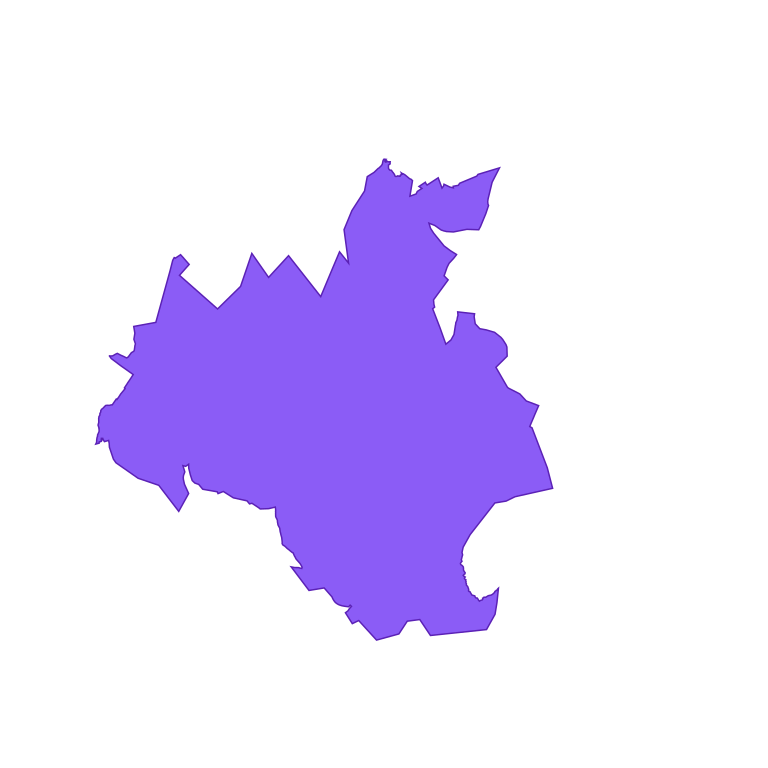 outline of Zaragoza, San Luis Potosí, Mexico, rotated 42°
{"feature_id": "50627088B75959803312222", "entity_name": "Zaragoza", "entity_type": "district", "adm_level": 2, "iso_a3": "MEX", "parent_name": "Mexico", "parent_adm1": "San Luis Potosí", "projection": "albers", "projection_center": [-100.697, 22.039], "detail": "fine", "context": "isolated", "style": "filled", "palette": "violet", "viewbox_px": 768, "rotation_deg": 42, "n_neighbors": 0, "source": "geoboundaries", "source_scale": "gbopen_adm2", "svg_char_len": 6122}
<svg xmlns="http://www.w3.org/2000/svg" viewBox="0 0 768 768"><g transform="rotate(42 384 384)"><path d="M624.5,497.9L620.6,480.8L614.3,471.0L605.7,459.2L605.6,460.3L605.9,460.9L605.8,461.9L605.5,462.1L605.5,462.7L605.5,463.3L605.2,463.9L605.6,464.8L605.5,466.6L605.3,467.8L604.9,469.1L603.8,470.6L603.1,471.6L602.7,473.0L602.3,474.4L600.9,475.6L601.0,476.4L600.6,477.2L601.4,477.9L601.4,479.0L601.0,479.5L600.4,480.6L600.3,481.5L599.1,481.5L597.9,481.0L596.4,480.7L596.1,481.1L595.1,481.5L593.8,481.1L593.2,480.7L592.0,481.3L590.6,482.0L588.5,481.4L586.8,480.8L586.0,481.3L585.2,481.2L584.9,480.5L584.1,479.8L581.7,478.5L579.7,478.3L578.8,477.2L577.8,476.9L577.2,475.9L576.4,475.7L575.9,474.7L575.2,474.9L574.2,474.8L573.6,474.5L573.5,473.1L571.6,473.4L570.9,473.2L570.9,471.8L571.2,470.9L570.5,469.9L569.3,469.7L567.6,469.1L566.5,467.9L565.4,466.9L564.6,466.7L563.3,466.6L563.1,466.6L562.9,466.7L561.8,466.8L560.9,466.3L560.6,465.5L560.6,463.6L559.0,462.8L558.4,461.6L558.0,460.8L557.6,460.2L556.8,458.4L554.7,457.0L552.0,452.3L548.8,438.3L546.0,398.2L553.1,389.3L556.8,380.1L579.1,348.7L561.4,337.0L523.3,317.5L520.8,318.1L519.7,315.1L517.6,308.9L516.7,306.4L513.4,296.6L501.1,301.4L491.6,300.5L479.2,303.8L477.8,303.8L456.0,296.7L456.9,280.9L450.6,274.3L448.3,273.1L442.6,271.5L439.7,271.1L431.6,271.6L423.7,275.4L418.2,278.8L411.5,278.2L406.0,273.7L404.3,271.2L390.5,281.1L392.2,282.7L392.9,283.3L393.1,283.6L393.8,285.1L395.5,287.8L396.4,290.5L396.7,290.9L396.8,291.0L397.5,292.0L398.1,293.1L398.4,293.5L402.9,300.4L404.3,306.5L403.3,313.0L388.1,304.8L369.8,295.5L370.2,293.0L367.8,291.4L364.5,288.3L362.0,263.7L356.3,263.4L352.8,255.1L351.6,250.8L351.7,244.2L351.4,239.6L351.3,239.2L344.0,240.5L336.2,241.2L320.1,238.7L314.5,237.2L309.8,234.4L315.7,232.2L323.5,231.3L325.5,230.4L326.3,230.1L327.0,229.6L328.3,229.0L333.9,224.5L342.1,213.6L351.2,206.0L350.3,202.3L345.7,189.3L342.2,181.3L341.9,181.2L340.8,180.7L338.9,178.9L337.5,176.8L329.4,161.8L329.0,160.4L325.2,146.1L313.6,165.3L313.8,167.5L305.9,184.2L306.3,186.6L303.1,190.8L304.3,191.8L301.3,193.5L294.9,195.4L295.8,197.0L296.0,199.6L286.3,194.5L282.9,207.3L282.0,207.2L280.5,206.8L279.7,206.4L277.8,213.8L281.3,213.3L279.9,218.6L280.7,221.3L277.6,227.1L269.1,213.8L267.2,213.7L266.5,214.0L265.6,214.3L259.8,214.5L257.7,214.9L257.0,215.3L255.7,215.5L257.0,216.1L256.4,216.8L256.8,217.4L256.4,218.2L256.9,218.9L256.5,219.3L255.9,219.7L255.4,219.8L254.8,220.3L254.8,220.8L254.4,221.3L253.7,222.0L253.0,222.1L251.8,221.4L250.9,221.1L250.4,221.1L249.5,220.8L248.9,220.8L246.5,220.2L245.1,221.2L243.4,220.9L243.0,220.7L241.7,219.3L240.8,218.3L241.3,216.5L241.0,216.0L240.5,215.6L239.9,214.7L238.3,216.2L236.6,216.4L237.0,217.8L236.4,218.1L235.7,217.9L235.3,217.6L235.2,216.8L235.2,215.7L234.9,215.9L233.7,216.8L233.5,217.0L233.5,217.4L233.8,218.6L235.7,221.9L235.9,223.8L235.7,226.9L235.4,227.8L235.0,233.4L232.8,241.1L240.4,253.6L244.1,276.6L251.0,296.0L276.8,317.9L262.5,315.5L269.4,335.4L278.5,361.4L227.2,352.5L226.9,382.0L198.4,375.4L212.1,407.4L210.1,439.6L159.3,440.1L159.2,425.5L158.6,425.4L158.3,425.4L157.6,425.3L157.3,425.3L156.5,425.2L156.0,425.1L155.7,425.1L155.4,425.1L154.6,425.0L154.3,424.9L153.9,424.9L152.6,424.7L152.1,424.7L150.9,424.5L150.3,424.4L150.0,424.4L146.9,424.1L146.3,424.0L144.7,430.2L144.0,430.2L143.5,430.4L144.2,433.4L149.3,443.1L150.6,445.7L173.2,490.9L159.5,508.7L164.9,513.0L168.2,518.1L172.4,520.5L173.2,522.1L175.9,526.1L176.1,526.9L175.8,528.3L175.3,529.7L175.6,532.9L175.8,534.9L175.6,536.0L175.4,536.6L175.1,536.9L173.7,537.3L172.2,537.7L170.3,538.3L169.2,538.7L165.3,539.7L164.5,541.6L164.1,542.9L163.5,544.7L161.9,546.3L161.2,546.7L161.2,546.9L164.3,547.6L175.8,546.6L191.3,544.8L191.8,547.8L192.5,552.6L192.7,554.3L193.0,555.9L193.4,558.6L193.6,559.9L193.7,560.6L194.7,560.7L195.0,567.6L195.6,571.2L195.9,574.2L195.1,574.3L196.0,581.3L195.2,582.1L194.3,583.5L192.5,585.1L191.9,585.7L191.5,586.3L191.3,590.6L191.0,591.8L191.4,593.4L192.2,594.3L192.6,595.9L192.8,596.3L193.5,597.0L193.8,597.7L193.9,598.8L194.6,599.8L194.9,600.4L197.7,603.4L198.3,604.6L199.0,605.9L201.4,607.3L201.9,607.8L202.0,607.7L203.6,609.4L204.0,609.9L204.2,610.4L204.7,611.8L205.2,613.5L205.4,613.8L206.0,614.3L206.3,615.1L206.3,615.3L206.6,615.8L206.7,616.0L207.9,617.8L208.4,618.4L208.9,619.0L209.3,619.5L209.5,619.9L210.0,621.5L211.9,618.6L211.7,618.4L211.5,618.1L211.1,617.6L211.6,617.0L211.5,616.9L212.1,616.1L212.3,615.8L212.3,615.7L212.0,614.7L211.7,614.1L211.1,614.6L210.5,613.8L210.3,613.5L211.4,612.6L211.9,613.0L214.8,613.9L217.1,610.2L219.5,612.0L222.2,614.7L233.2,620.9L237.5,621.9L264.3,618.6L284.4,610.0L316.7,616.0L312.1,596.1L302.8,592.0L298.6,589.0L297.2,587.6L296.2,586.1L294.8,582.6L289.2,579.2L291.7,577.9L292.5,574.4L295.2,577.2L300.9,581.1L306.1,584.1L309.7,584.2L313.5,582.6L319.7,583.5L332.2,575.7L334.0,576.5L336.5,571.4L348.2,569.4L360.4,562.5L364.3,563.1L365.7,561.0L373.7,559.8L375.6,559.7L381.7,553.8L385.6,548.2L387.1,549.5L387.4,549.8L388.0,550.3L388.5,551.1L389.1,551.6L389.7,552.3L390.1,552.8L390.6,553.3L392.1,554.9L392.6,555.2L393.5,555.6L394.4,555.9L395.5,556.4L396.3,556.9L397.2,557.9L398.0,558.4L398.9,559.2L399.8,559.8L401.2,560.3L402.4,560.7L403.2,561.1L404.3,562.1L405.0,562.6L405.5,563.1L406.1,563.5L406.9,564.0L408.4,565.1L409.7,565.9L410.9,566.7L413.7,569.2L414.7,570.2L415.0,570.7L415.4,570.9L416.7,571.3L418.1,571.0L418.7,570.9L419.1,570.9L419.6,570.9L420.3,570.9L421.7,571.0L423.5,570.9L427.2,570.7L427.5,570.7L428.6,570.6L428.9,570.5L429.2,570.5L429.6,570.3L430.5,570.8L431.8,571.4L433.2,572.0L433.5,572.0L434.1,572.2L434.7,572.5L434.9,572.6L435.0,572.6L435.3,572.7L435.8,572.9L441.9,573.6L445.2,574.7L445.9,575.2L446.0,575.7L446.3,576.1L445.7,576.5L444.7,577.0L444.1,577.3L443.5,577.5L440.6,580.0L440.4,580.2L437.4,582.0L466.4,587.6L476.0,575.6L487.7,577.0L490.0,578.0L492.1,578.6L494.0,578.9L495.6,578.8L497.7,578.4L499.3,577.8L501.2,576.9L503.8,575.3L505.4,574.2L506.8,573.2L506.8,571.0L508.6,571.0L508.6,574.0L509.0,576.7L508.4,579.8L520.8,583.3L523.5,576.7L549.8,579.3L562.3,559.8L560.0,544.7L568.2,535.1L586.8,539.8L624.5,497.9Z" fill="#8b5cf6" stroke="#5b21b6" stroke-width="1.5"/></g></svg>